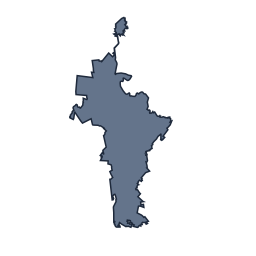 San Juan Bautista Tuxtepec, Oaxaca, Mexico, rotated 36°
{"feature_id": "50627088B4470320076946", "entity_name": "San Juan Bautista Tuxtepec", "entity_type": "district", "adm_level": 2, "iso_a3": "MEX", "parent_name": "Mexico", "parent_adm1": "Oaxaca", "projection": "albers", "projection_center": [-96.099, 18.051], "detail": "fine", "context": "isolated", "style": "filled", "palette": "slate", "viewbox_px": 256, "rotation_deg": 36, "n_neighbors": 0, "source": "geoboundaries", "source_scale": "gbopen_adm2", "svg_char_len": 5769}
<svg xmlns="http://www.w3.org/2000/svg" viewBox="0 0 256 256"><g transform="rotate(36 128 128)"><path d="M179.8,212.8L179.4,212.3L179.0,212.3L177.8,213.2L177.3,212.5L177.5,212.2L177.2,212.3L177.4,210.7L177.3,210.9L177.3,210.7L177.0,210.6L176.7,209.5L179.5,209.5L184.3,209.0L184.5,208.4L185.0,208.3L186.1,207.3L188.7,206.6L188.4,205.7L188.7,205.1L188.5,204.4L186.9,203.9L186.4,204.2L186.2,204.5L185.9,204.4L185.8,204.7L185.1,204.5L184.3,204.6L183.7,205.2L183.1,203.8L182.1,204.1L181.6,202.9L182.6,202.6L182.7,202.3L183.6,201.8L184.3,201.6L184.8,203.0L186.4,202.3L188.6,203.1L190.0,202.8L190.3,204.4L194.0,202.9L194.4,202.5L194.3,200.9L194.8,200.4L194.7,200.0L196.0,199.8L195.2,198.4L196.2,197.7L195.4,197.1L195.1,196.5L195.3,195.7L196.7,195.0L197.2,194.4L197.7,194.3L199.2,195.1L199.9,193.8L199.3,193.7L199.1,193.9L198.0,193.4L199.3,191.5L193.8,189.9L193.4,191.0L192.1,190.7L190.2,190.5L185.3,191.3L182.4,185.1L183.7,184.0L187.5,182.9L185.4,180.7L183.6,182.5L181.7,180.5L183.8,178.5L183.2,178.6L176.4,177.8L176.7,173.9L175.1,173.6L172.1,172.4L170.7,173.2L170.0,172.7L170.0,171.9L170.2,171.4L170.0,171.1L170.4,170.9L170.0,170.5L169.9,170.6L169.4,169.0L169.5,168.2L169.8,167.8L169.3,167.9L169.3,167.6L168.1,167.4L168.2,167.0L168.4,166.9L168.4,166.3L167.8,165.5L167.9,163.6L170.2,163.3L170.0,162.0L170.2,161.9L169.8,161.6L169.4,161.7L168.7,161.0L168.9,160.6L168.0,160.4L168.5,153.8L170.8,150.2L166.9,149.3L167.1,149.1L165.4,147.2L162.9,145.1L163.3,145.1L163.0,143.0L159.3,139.3L158.4,139.6L158.2,139.3L158.4,139.5L158.7,139.3L158.8,138.6L158.5,138.6L159.0,138.3L158.7,138.0L157.7,137.9L157.3,137.2L157.1,137.4L156.7,137.2L156.8,136.7L156.4,136.9L156.3,136.5L156.9,135.9L156.9,135.5L158.7,133.7L158.3,133.2L158.8,133.0L158.7,132.4L159.0,131.9L158.9,131.2L159.5,130.4L158.4,129.5L158.3,129.1L157.4,128.5L157.8,126.9L157.6,126.6L156.9,126.4L156.9,123.9L157.5,120.1L157.2,117.2L158.1,114.0L158.0,113.2L161.1,117.7L161.2,118.2L162.2,118.3L162.3,117.2L162.9,117.3L163.2,114.0L161.2,114.0L161.3,106.0L159.6,105.3L160.0,103.6L160.3,100.7L159.3,96.7L158.6,98.0L158.5,97.1L158.3,97.2L158.2,96.7L157.6,96.2L157.3,95.7L156.9,95.4L156.5,95.6L155.9,95.4L155.7,95.0L155.5,95.3L155.4,95.1L155.1,95.3L155.0,95.1L154.7,95.6L154.4,95.5L153.8,96.4L154.0,96.7L153.2,97.0L152.8,97.5L151.8,97.5L151.5,97.9L150.9,97.8L149.8,98.2L149.1,99.4L148.0,99.9L147.9,100.1L147.5,100.0L147.3,100.2L147.2,100.0L146.9,100.1L146.9,99.7L146.7,99.9L146.4,99.6L146.3,100.1L145.7,100.7L144.9,101.1L144.2,101.0L140.2,99.4L139.6,100.7L138.4,100.1L138.4,102.0L137.0,103.2L136.5,102.9L136.4,102.1L135.7,101.1L135.3,100.9L134.7,100.9L134.5,101.4L134.1,101.8L133.1,101.5L132.4,101.7L131.6,98.7L128.4,95.7L126.9,91.6L122.3,90.2L120.8,90.9L118.7,90.4L117.6,91.1L116.8,92.9L116.7,94.0L116.1,94.3L115.3,94.1L114.9,94.3L114.6,95.2L115.2,96.9L115.0,98.4L113.1,99.6L111.8,100.1L111.0,100.8L110.4,100.8L109.2,99.2L108.5,98.9L108.0,99.5L107.7,100.7L107.0,101.5L106.6,101.7L105.2,101.6L102.0,100.7L97.4,98.7L95.5,96.6L94.7,95.3L94.8,94.5L95.3,93.9L96.4,93.4L96.4,93.1L96.2,92.2L95.1,90.9L94.9,90.4L95.3,90.1L99.5,89.9L100.3,89.2L100.6,88.5L100.8,86.9L100.5,84.1L99.8,83.8L97.3,85.0L94.2,85.6L90.1,87.6L86.7,90.7L86.4,91.9L85.7,91.8L81.5,82.7L80.4,81.7L77.6,80.3L76.6,78.4L70.1,71.4L70.8,65.4L70.5,64.5L68.7,63.0L66.0,60.2L65.0,60.2L64.3,60.6L63.9,59.9L64.5,59.4L63.7,59.0L64.4,58.9L64.3,58.5L65.1,58.1L65.2,57.5L65.4,57.0L65.9,57.2L65.9,57.7L67.6,58.0L67.3,57.0L67.3,56.2L68.0,56.1L68.0,55.9L69.0,56.0L69.3,55.4L69.8,55.3L68.4,54.8L68.2,54.3L68.7,53.5L68.4,53.4L68.5,53.0L67.0,52.5L66.9,52.1L67.0,51.8L67.7,51.8L68.3,51.4L67.2,50.7L67.2,48.8L67.6,48.4L68.3,48.4L68.3,48.0L69.0,48.0L69.3,47.6L68.5,46.7L68.2,46.9L67.6,46.5L67.6,46.8L66.5,46.9L65.4,46.3L64.7,46.3L64.7,45.8L65.3,45.0L65.2,44.8L64.9,45.0L64.7,44.5L64.8,44.1L65.0,44.6L65.0,43.8L64.1,43.6L64.0,43.4L64.4,43.3L64.1,43.1L63.7,43.2L63.3,43.0L63.0,43.3L62.5,42.7L62.0,42.8L61.8,41.8L61.3,41.2L61.2,41.6L60.8,41.6L60.3,41.1L59.7,41.0L58.5,43.1L56.9,51.3L57.7,51.8L58.0,52.9L58.6,53.0L58.8,53.2L59.4,54.6L59.0,55.5L59.3,55.5L60.2,56.7L60.7,56.9L60.8,57.3L61.0,57.4L60.9,57.5L62.3,57.6L62.7,58.0L62.0,59.5L61.3,60.3L64.0,60.5L63.9,61.0L65.0,60.5L65.9,60.4L70.3,64.7L70.6,65.8L69.8,71.4L72.8,74.8L72.0,75.6L71.9,76.4L73.7,76.5L74.0,76.9L73.7,79.4L68.3,78.7L67.7,89.9L67.5,90.0L67.1,89.7L67.0,90.3L66.9,89.9L66.4,90.0L65.4,90.8L64.4,90.0L59.4,94.5L64.9,100.1L66.3,101.9L67.7,103.1L65.7,104.3L69.9,107.9L56.1,115.5L64.3,129.1L66.3,131.5L75.4,126.0L76.5,127.3L77.7,128.1L78.0,129.1L77.7,129.3L74.3,130.2L75.7,132.0L76.3,133.5L76.8,133.5L77.3,135.1L78.0,136.0L77.9,139.7L77.5,140.0L76.5,139.6L75.6,140.4L74.7,140.5L73.4,139.2L72.3,139.3L72.1,139.9L72.2,140.6L71.4,142.8L71.7,144.0L73.9,145.6L73.3,146.5L73.6,147.4L73.3,147.7L74.1,149.2L73.8,149.8L74.0,150.8L73.8,151.4L74.8,153.0L74.4,153.2L74.7,153.7L75.0,153.9L78.7,153.3L78.5,152.2L75.6,146.7L75.7,146.4L86.0,150.2L88.3,150.8L92.7,142.2L97.3,146.1L97.9,146.2L102.3,143.3L103.8,143.1L104.4,142.4L108.4,142.1L108.9,142.2L108.7,142.7L112.2,143.1L112.0,145.1L112.8,146.4L113.0,147.2L112.7,148.5L121.6,156.3L120.8,160.8L124.0,163.6L122.2,163.1L122.0,162.7L121.7,162.7L121.7,166.6L123.0,166.5L123.2,166.8L123.2,166.3L123.0,166.1L123.3,165.9L124.1,166.4L124.8,170.5L131.3,166.3L132.9,168.8L135.9,167.7L137.6,168.9L137.8,169.4L139.0,170.7L140.0,171.4L138.9,173.9L141.2,175.3L144.7,177.0L144.1,179.8L143.5,180.2L157.5,195.5L158.2,194.7L157.8,193.4L156.9,192.9L156.7,193.0L155.7,192.1L155.7,190.3L156.0,189.6L156.1,189.2L155.9,189.1L156.0,189.2L156.9,189.7L157.6,190.1L160.4,192.3L160.2,192.7L160.5,193.3L161.6,194.6L162.5,200.1L163.0,201.0L166.1,204.7L171.6,212.2L171.9,211.4L172.3,211.4L173.0,213.4L173.2,213.7L174.0,213.6L174.9,214.6L176.3,215.0L176.9,214.9L179.8,212.8Z" fill="#64748b" stroke="#1e293b" stroke-width="1.5"/></g></svg>